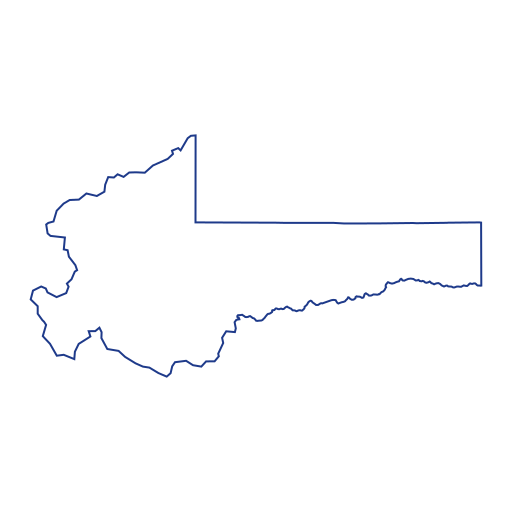 Summit, Utah, United States of America
{"feature_id": "52423323B4145431150884", "entity_name": "Summit", "entity_type": "district", "adm_level": 2, "iso_a3": "USA", "parent_name": "United States of America", "parent_adm1": "Utah", "projection": "natural_earth1", "projection_center": [-110.71, 40.9], "detail": "fine", "context": "isolated", "style": "outline", "palette": "blue", "viewbox_px": 512, "rotation_deg": 0, "n_neighbors": 0, "source": "geoboundaries", "source_scale": "gbopen_adm2", "svg_char_len": 4078}
<svg xmlns="http://www.w3.org/2000/svg" viewBox="0 0 512 512"><path d="M195.6,135.4L190.9,135.8L187.7,138.2L180.6,150.4L178.2,148.1L172.0,150.7L173.0,153.9L167.7,158.9L152.9,165.5L144.8,172.7L136.0,172.3L129.2,172.5L123.6,176.9L117.6,174.3L113.9,177.5L108.2,177.1L105.2,184.7L104.4,191.7L96.8,196.0L86.4,193.5L78.9,199.6L69.7,200.0L63.6,203.6L56.7,210.7L53.5,221.5L48.3,222.9L46.2,224.5L47.6,233.4L50.5,235.9L64.9,237.5L63.8,249.4L67.6,250.2L68.9,256.7L75.4,265.2L77.1,270.2L74.8,271.6L71.5,279.3L66.9,283.6L68.6,286.7L66.2,293.1L56.6,297.1L47.5,292.4L45.8,288.5L41.2,286.5L33.0,290.6L30.7,299.4L37.7,306.2L37.7,313.7L42.4,320.2L44.0,321.7L46.1,324.9L42.8,336.1L44.9,338.4L50.0,343.8L56.8,355.7L63.7,354.8L74.3,359.1L74.9,351.7L78.7,343.9L90.4,336.5L88.7,331.2L95.3,331.1L99.4,327.7L101.6,332.2L101.4,338.1L107.3,349.0L118.6,350.9L125.1,356.9L135.5,363.3L142.9,366.6L149.4,367.6L158.5,373.1L166.7,376.6L170.6,373.2L172.2,366.3L175.0,362.2L186.1,360.8L193.0,365.2L201.3,366.6L206.1,361.4L214.6,361.3L218.8,356.3L218.2,353.7L223.2,343.0L222.1,337.8L226.2,331.3L234.9,332.1L235.8,328.4L234.6,322.2L236.3,319.9L238.0,319.5L239.4,319.3L239.2,318.6L238.7,317.6L237.8,317.5L237.3,316.9L237.4,315.9L238.0,315.2L240.3,315.1L242.2,314.8L243.2,315.5L244.3,316.2L245.3,317.0L246.7,317.1L248.3,316.8L249.1,316.3L250.1,316.1L250.7,316.5L251.7,317.2L252.6,318.0L253.9,318.3L255.1,319.4L256.1,320.7L257.5,320.9L258.8,320.7L260.1,320.6L261.3,320.5L262.5,320.0L263.3,319.1L264.6,317.9L265.5,316.6L266.5,315.4L267.3,314.4L268.0,313.9L269.4,313.7L270.5,313.2L271.5,312.4L272.0,312.1L272.3,311.2L272.1,310.8L272.4,310.2L273.0,310.2L274.4,310.0L275.2,309.0L276.0,308.4L277.0,308.6L278.0,309.1L279.3,309.2L280.3,308.8L281.1,308.6L282.3,309.1L283.5,309.0L284.1,308.7L284.8,307.9L285.5,307.4L286.2,306.9L287.1,306.6L287.9,307.2L289.0,307.7L290.2,308.4L291.2,308.7L291.9,309.6L292.7,310.3L293.7,310.3L295.0,310.5L295.9,311.0L296.7,311.2L297.8,310.7L299.0,310.3L300.1,310.2L301.0,310.5L301.6,310.6L302.3,310.5L302.6,310.1L303.4,309.5L304.1,308.7L304.6,307.8L304.6,306.8L305.5,306.0L306.6,305.1L307.5,303.8L308.2,302.4L308.9,301.7L310.0,301.0L310.7,300.7L311.5,301.0L312.0,301.6L312.5,302.4L313.5,303.0L314.4,303.7L315.3,304.3L315.9,304.9L317.0,305.0L318.2,304.9L319.4,304.1L320.5,303.4L321.4,303.2L322.3,303.4L331.4,300.2L333.2,299.9L334.8,300.0L335.7,300.2L336.3,301.3L337.2,302.7L338.3,303.5L340.7,302.6L341.9,302.2L343.0,302.0L344.0,301.7L345.1,301.2L346.0,300.1L347.2,299.0L347.7,298.1L348.2,297.3L348.9,297.5L350.2,298.9L351.9,299.8L353.6,299.6L355.4,298.3L355.5,297.2L356.1,296.6L356.8,296.3L357.3,296.6L358.5,296.6L359.8,296.7L361.0,297.3L362.0,297.9L363.4,297.5L364.1,295.8L364.5,294.4L365.0,293.8L365.9,293.3L366.6,293.8L368.0,294.6L368.8,295.5L369.6,295.6L370.9,295.6L372.2,295.1L373.0,294.6L373.8,294.4L374.7,294.5L375.7,294.5L377.0,294.7L378.0,294.6L378.8,294.1L379.5,294.2L380.3,293.3L381.5,292.1L382.9,291.6L384.0,290.6L384.8,289.6L385.3,288.4L386.1,287.2L385.6,286.1L385.9,284.6L387.3,282.9L388.0,282.2L389.0,282.6L390.0,283.1L392.0,283.6L394.2,283.1L395.5,282.4L397.1,281.8L399.0,281.3L400.2,279.4L401.1,278.8L401.8,279.3L402.1,280.0L402.8,280.5L404.4,280.6L405.8,279.9L408.3,278.9L410.8,278.6L413.4,279.0L414.5,279.7L415.8,280.5L417.6,280.3L418.3,279.9L419.2,280.4L419.6,281.0L421.6,281.3L422.7,280.9L424.0,281.4L424.9,282.3L426.3,282.8L428.0,282.4L429.1,281.9L429.7,281.5L430.0,281.7L430.7,282.4L431.4,283.2L432.4,283.4L434.1,284.3L435.4,283.7L436.7,283.3L438.4,283.1L440.2,284.0L441.2,285.0L441.8,285.5L444.0,286.5L446.1,285.6L447.2,285.6L448.2,286.4L449.6,286.5L451.6,286.6L452.8,287.3L454.0,287.5L455.4,287.1L456.6,286.6L458.1,286.5L459.7,286.7L461.1,286.8L462.4,286.1L463.8,285.4L465.3,285.8L467.1,286.0L468.4,285.0L469.0,284.2L470.1,283.4L470.7,283.7L472.3,283.9L473.9,283.4L475.1,283.4L476.1,284.1L476.7,284.9L477.7,285.5L478.9,285.5L480.7,285.7L481.3,285.6L481.1,222.6L479.5,222.4L468.1,222.5L448.1,222.7L447.0,222.8L416.4,223.2L412.9,223.0L378.7,223.4L344.6,223.5L333.9,222.9L286.1,222.9L276.3,222.7L195.5,222.4L195.6,135.4Z" fill="none" stroke="#1e3a8a" stroke-width="2"/></svg>